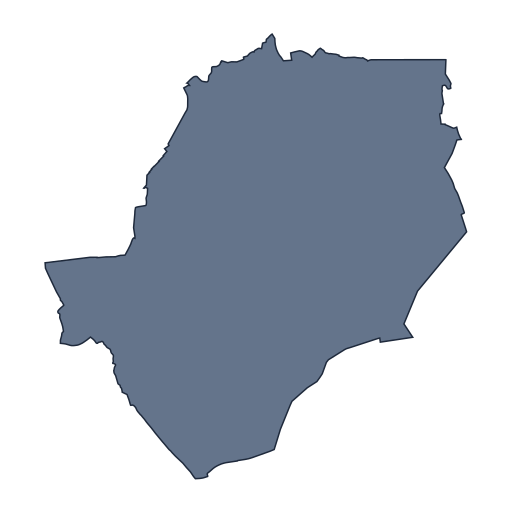 the district of Sapphaya, Chai Nat, Thailand, rotated 89°
{"feature_id": "78962969B57770947463323", "entity_name": "Sapphaya", "entity_type": "district", "adm_level": 2, "iso_a3": "THA", "parent_name": "Thailand", "parent_adm1": "Chai Nat", "projection": "mercator", "projection_center": [100.242, 15.145], "detail": "fine", "context": "isolated", "style": "filled", "palette": "slate", "viewbox_px": 512, "rotation_deg": 89, "n_neighbors": 0, "source": "geoboundaries", "source_scale": "gbopen_adm2", "svg_char_len": 5888}
<svg xmlns="http://www.w3.org/2000/svg" viewBox="0 0 512 512"><g transform="rotate(89 256 256)"><path d="M477.6,320.5L477.4,315.9L477.0,313.0L476.7,311.8L475.6,308.2L475.4,308.1L475.2,308.1L473.2,308.6L472.8,308.5L472.4,308.3L472.2,308.1L470.7,306.1L467.7,302.6L466.5,300.9L465.5,299.2L464.5,297.2L463.3,294.3L462.5,291.5L462.1,289.6L460.6,278.2L460.4,278.1L460.2,277.8L459.2,270.6L458.6,267.2L458.2,265.7L457.5,263.3L451.5,245.5L449.8,241.2L429.6,234.6L405.9,224.5L401.9,222.6L388.6,207.0L382.6,197.3L378.3,194.1L374.9,191.8L363.6,187.5L361.0,185.4L351.0,168.8L350.2,167.1L349.1,163.2L340.7,135.9L340.2,133.7L344.3,133.2L340.0,100.7L326.5,109.3L293.9,95.1L235.5,45.0L232.3,45.9L218.4,50.1L218.0,49.8L217.6,49.2L217.0,47.6L216.7,47.1L216.2,47.0L209.8,48.9L205.8,50.4L199.2,52.6L196.2,53.8L194.1,55.0L191.9,56.2L186.8,57.6L183.4,59.0L176.9,62.4L170.9,66.1L157.0,58.2L154.5,57.2L148.8,55.0L145.2,53.7L143.7,53.3L143.5,52.7L143.3,51.8L143.0,48.6L142.9,48.6L142.3,49.2L141.6,49.6L137.6,51.3L133.9,52.4L130.7,53.1L131.5,55.2L131.7,56.1L131.3,57.3L129.0,62.2L127.8,64.9L127.5,64.8L127.3,68.7L123.2,69.1L118.5,69.8L117.4,69.8L117.1,69.7L116.8,69.5L116.8,68.0L114.4,67.6L113.0,67.5L111.3,67.3L109.8,66.9L108.6,66.4L107.9,66.1L107.2,65.6L106.9,65.9L96.8,67.3L95.3,67.1L93.9,66.8L92.7,67.1L92.1,67.1L91.2,67.0L89.0,66.6L88.5,64.7L88.7,63.9L88.9,63.5L89.4,63.1L91.8,61.7L92.1,61.3L92.3,61.0L92.3,60.5L92.1,59.2L91.6,58.3L89.4,58.7L88.3,58.4L87.3,58.1L86.8,58.1L83.6,59.7L77.4,63.5L63.1,62.7L63.0,63.1L61.8,137.4L62.0,138.5L62.5,139.9L63.0,141.0L61.7,141.9L61.6,142.5L61.4,142.9L59.8,145.5L59.7,145.8L59.7,146.2L60.0,146.6L59.5,151.3L59.1,153.4L59.0,154.4L59.2,159.4L59.1,160.7L59.4,162.9L59.3,163.9L59.0,165.7L58.2,167.8L57.9,168.5L57.5,169.5L57.4,169.6L57.0,169.5L56.7,169.5L55.7,172.5L55.5,174.3L54.9,178.4L55.1,179.4L54.7,180.4L54.0,183.0L53.3,183.7L52.0,184.5L51.1,185.6L50.7,186.4L49.9,187.3L49.4,188.1L50.5,189.8L51.2,190.6L52.2,191.3L53.2,192.4L55.3,193.4L57.1,195.4L58.3,196.5L57.0,197.8L55.4,199.7L54.6,201.0L52.3,205.7L51.9,206.8L51.7,207.9L51.6,208.7L51.7,209.5L52.6,213.8L53.6,217.8L60.9,216.9L61.3,225.2L57.5,227.6L55.7,229.1L53.4,230.4L50.2,231.8L48.0,232.4L45.3,233.0L42.2,233.3L38.8,233.4L34.4,236.0L34.8,236.7L36.2,238.3L38.4,240.4L39.4,241.7L39.8,241.9L40.9,242.0L42.1,242.2L42.5,242.5L42.7,243.9L43.1,245.2L43.3,245.7L48.8,246.8L48.4,249.2L48.5,250.2L50.5,253.6L51.1,254.1L52.0,254.4L51.8,255.2L51.8,255.7L52.2,256.7L52.9,258.1L53.2,258.6L53.4,258.8L54.5,259.9L55.6,260.8L55.9,261.1L56.9,265.0L57.2,265.1L58.7,264.7L59.1,264.8L60.0,267.1L61.6,271.7L61.6,272.1L61.4,277.2L62.2,280.7L62.1,281.3L60.3,286.6L60.3,287.0L61.4,287.2L61.4,287.9L62.2,288.1L63.3,288.6L64.1,289.1L64.7,289.9L65.5,291.2L65.9,292.3L66.0,295.9L66.2,296.3L66.3,296.6L66.7,296.9L67.4,297.0L68.5,297.1L70.6,297.1L71.5,297.3L72.3,297.7L74.7,299.8L75.0,299.9L75.6,300.1L78.8,300.4L79.6,300.6L80.3,300.9L80.9,301.5L81.1,302.2L81.1,302.9L80.6,305.8L80.3,306.9L79.9,307.6L78.4,309.2L75.6,311.8L75.4,312.4L75.4,313.5L75.6,314.6L75.8,315.1L76.5,316.2L78.5,318.6L81.6,321.7L81.9,322.1L82.2,321.1L82.4,320.9L84.3,319.5L84.3,320.7L84.3,321.1L85.8,323.5L86.3,324.7L86.7,325.3L89.1,324.2L93.8,322.0L95.0,321.7L97.6,321.5L104.6,321.7L106.0,321.8L108.7,322.5L111.7,324.4L142.4,341.9L144.1,341.1L147.1,345.5L149.9,343.3L154.0,347.0L154.5,346.6L159.4,351.6L159.7,351.2L164.7,356.3L164.6,356.5L167.3,359.1L167.6,358.8L170.3,361.3L170.6,360.9L173.3,363.6L183.2,364.3L186.2,367.1L186.3,366.8L186.3,366.6L185.4,365.2L186.5,363.2L192.2,363.6L192.7,363.7L195.5,364.7L196.3,364.9L199.6,364.6L201.0,364.6L202.5,364.8L203.1,365.0L203.4,365.2L203.7,365.8L204.7,372.8L205.1,374.7L205.5,375.6L208.5,376.2L209.6,376.3L211.4,376.4L225.6,377.9L233.4,376.8L234.2,376.7L236.2,376.8L235.8,377.6L235.8,377.9L235.9,378.1L236.5,378.7L237.4,379.3L240.4,380.5L241.4,380.8L243.7,381.9L247.5,383.9L252.1,386.5L252.7,386.9L252.9,387.1L252.9,387.8L253.0,391.5L253.5,393.9L254.2,396.1L254.3,396.6L254.3,406.3L254.8,413.0L254.8,415.0L254.5,415.0L254.4,422.0L259.1,467.0L264.6,466.7L270.0,464.4L288.4,456.1L293.9,453.1L295.1,452.4L295.5,452.3L296.4,452.4L296.8,452.3L297.0,452.2L298.1,451.0L298.4,450.8L301.5,449.1L302.0,449.1L304.4,452.0L306.0,453.7L306.8,454.4L307.3,454.8L307.7,455.0L308.1,455.1L309.0,455.0L309.4,454.8L309.7,454.5L310.2,453.5L310.8,453.2L311.7,453.1L313.8,453.3L314.6,453.2L315.8,452.8L320.3,451.3L323.3,450.5L328.0,449.8L328.3,449.9L328.9,450.8L329.5,451.2L330.0,451.4L330.6,451.5L332.6,451.8L336.7,453.0L339.9,453.1L340.2,450.5L340.6,448.0L342.0,443.5L342.3,442.3L342.4,441.0L342.4,439.8L342.1,437.0L341.9,435.7L341.3,433.9L340.1,431.3L339.2,429.8L336.9,426.4L334.2,422.9L336.1,420.6L337.5,419.2L338.2,418.6L339.9,417.5L340.2,417.2L340.4,416.9L340.5,416.6L340.5,416.0L339.6,415.0L339.5,414.7L339.3,413.3L338.8,411.9L338.7,411.6L338.8,411.2L339.2,410.6L340.0,410.0L341.4,409.5L342.8,408.0L344.0,407.2L344.7,406.6L345.0,406.3L346.4,403.9L346.6,403.7L347.1,403.3L348.0,403.0L349.4,402.7L350.2,402.4L350.9,401.9L351.6,401.2L352.4,400.6L353.2,400.3L353.6,400.3L356.3,400.7L359.0,400.5L359.3,400.6L360.4,401.1L360.7,401.1L360.9,401.0L361.1,400.0L361.3,399.5L361.6,399.0L362.0,398.5L362.5,398.3L363.1,398.5L365.0,399.5L365.5,399.6L367.1,399.9L368.1,400.2L370.0,400.0L370.7,399.8L373.2,398.4L381.3,396.2L381.7,395.8L382.8,394.3L383.2,394.1L384.4,393.9L384.9,393.7L385.2,393.5L385.6,393.0L385.9,392.8L388.9,392.2L389.4,392.0L389.6,392.2L389.8,392.2L391.4,389.1L392.1,387.5L392.3,387.3L394.2,386.7L396.7,385.8L398.7,385.2L401.0,384.6L403.0,384.0L403.1,383.8L402.9,382.2L403.0,381.7L403.5,380.7L404.7,379.6L405.4,379.0L407.9,377.9L409.4,377.0L412.5,374.5L413.4,373.5L415.0,372.3L417.3,370.4L419.9,368.6L421.6,367.3L426.0,363.7L431.4,359.7L440.2,352.7L441.1,351.9L447.9,346.4L448.5,345.8L449.2,344.9L451.3,343.2L454.8,340.0L461.9,332.7L466.3,329.2L470.6,325.4L475.5,322.2L477.6,320.5Z" fill="#64748b" stroke="#1e293b" stroke-width="1.5"/></g></svg>